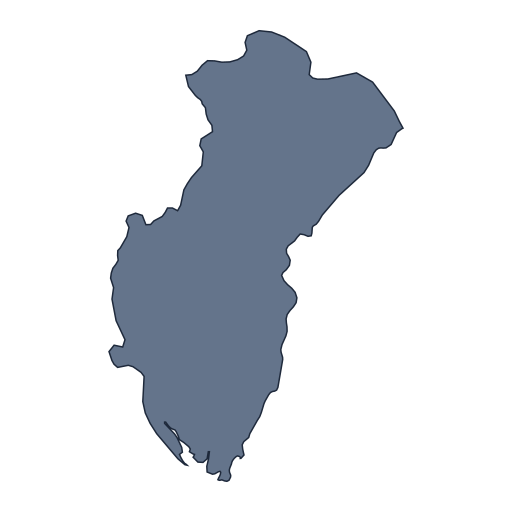 an SVG outline of Cross River
{"feature_id": "NGA-2847", "entity_name": "Cross River", "entity_type": "State", "adm_level": 1, "iso_a3": "NGA", "parent_name": "Nigeria", "parent_adm1": "", "projection": "robinson", "projection_center": [8.541, 5.798], "detail": "fine", "context": "isolated", "style": "filled", "palette": "slate", "viewbox_px": 512, "rotation_deg": 0, "n_neighbors": 0, "source": "natural_earth", "source_scale": "10m", "svg_char_len": 2864}
<svg xmlns="http://www.w3.org/2000/svg" viewBox="0 0 512 512"><path d="M403.0,128.2L401.9,128.7L396.6,132.5L391.1,144.5L386.0,147.9L383.2,148.1L380.9,147.9L378.7,148.2L376.3,149.7L373.8,152.9L368.6,165.3L364.0,172.6L339.1,195.3L322.3,215.0L318.5,221.4L316.2,224.2L313.3,225.9L312.3,227.3L311.9,233.1L311.2,235.8L308.0,236.3L304.1,234.7L300.2,234.0L297.1,237.4L294.6,240.9L288.2,245.8L286.3,249.2L286.6,253.3L288.6,256.6L290.2,260.2L289.4,265.4L286.2,269.8L283.0,272.5L281.6,275.4L284.0,280.7L287.6,284.7L291.7,288.2L295.1,292.3L296.9,297.8L296.1,302.7L293.4,306.8L290.0,310.5L287.2,314.5L286.1,318.9L286.4,323.0L287.0,326.9L287.1,331.3L285.9,335.9L282.0,344.6L280.8,349.6L281.1,352.3L282.6,357.3L282.7,359.5L277.9,387.4L276.6,390.1L274.7,391.1L272.5,391.5L270.5,392.5L268.7,394.7L265.2,400.9L264.0,403.6L261.3,412.6L259.7,416.7L257.0,420.9L257.0,421.0L249.8,433.7L248.7,437.5L243.8,441.6L242.2,444.8L242.7,449.2L243.3,452.0L244.0,455.0L240.9,458.4L240.7,458.4L240.8,458.3L240.4,457.4L239.2,456.4L237.5,455.9L236.0,456.7L234.1,458.5L232.5,460.7L231.8,462.3L231.4,464.1L229.8,468.0L229.3,470.1L229.5,472.2L230.7,475.2L230.6,477.0L229.0,480.3L226.9,481.3L224.5,480.9L221.8,479.8L221.0,480.1L219.2,480.3L217.9,479.7L218.7,477.8L219.5,476.4L220.4,474.2L220.7,472.2L220.0,471.3L218.3,471.8L214.8,473.8L212.5,474.2L207.1,472.0L206.8,466.3L208.5,459.0L209.4,451.7L208.3,451.7L207.1,458.8L203.0,462.4L197.9,462.1L193.1,457.2L193.7,456.4L194.5,454.4L193.1,454.0L189.4,451.7L190.3,449.0L188.8,446.7L183.8,442.5L179.5,439.7L179.3,439.5L178.3,436.1L176.2,431.7L174.9,429.9L172.7,429.1L170.7,428.1L168.5,425.9L166.7,423.5L165.7,422.1L164.6,422.1L164.6,423.4L174.6,434.0L177.0,437.5L181.7,447.4L182.4,452.2L179.5,454.4L180.7,457.2L182.5,460.5L184.6,463.3L186.3,464.4L187.1,465.2L184.9,464.7L178.0,458.9L156.7,433.7L150.1,423.3L145.3,413.0L142.8,401.6L144.1,376.4L141.1,372.4L133.0,366.7L128.3,365.3L117.6,367.4L114.0,364.2L111.9,360.4L109.0,351.6L114.1,345.2L122.7,347.0L125.0,339.7L116.1,320.7L112.0,299.1L113.6,287.6L110.6,278.2L111.3,273.0L112.9,268.2L115.9,264.3L118.2,260.3L117.6,255.5L117.8,250.6L120.3,247.9L126.8,236.7L129.0,227.5L126.1,221.1L128.2,215.9L135.6,213.2L142.3,215.4L145.9,224.7L150.6,224.5L153.9,220.9L162.3,216.4L165.2,212.4L167.5,208.0L172.4,208.0L177.6,210.7L180.6,205.3L183.9,189.8L187.4,183.6L191.5,177.5L201.8,165.8L203.3,151.9L199.8,145.7L201.2,138.9L212.5,131.7L211.9,125.3L208.0,119.8L206.2,114.1L205.4,107.7L202.2,103.8L201.7,101.4L200.3,99.5L197.7,97.7L195.4,95.5L188.5,86.6L185.8,75.2L191.8,74.6L197.3,71.2L202.1,65.2L207.5,60.7L214.6,60.9L221.9,62.2L229.9,61.9L237.6,59.7L243.6,56.0L246.8,50.2L245.1,42.4L247.4,35.7L259.1,30.7L271.6,32.0L284.7,37.2L306.4,51.6L310.9,62.2L309.2,74.6L312.7,78.0L317.6,79.2L327.9,79.0L356.5,72.9L372.6,82.1L394.3,111.0L399.4,121.6L403.0,128.2L403.0,128.2Z" fill="#64748b" stroke="#1e293b" stroke-width="1.5"/></svg>